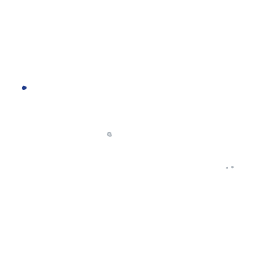 where Kosrae sits in Federated States of Micronesia, rotated 190°
{"feature_id": "FSM-4944", "entity_name": "Kosrae", "entity_type": "state/province", "adm_level": 1, "iso_a3": "FSM", "parent_name": "Federated States of Micronesia", "parent_adm1": "", "projection": "orthographic", "projection_center": [162.997, 5.325], "detail": "fine", "context": "in_parent", "style": "outline", "palette": "blue", "viewbox_px": 256, "rotation_deg": 190, "n_neighbors": 0, "source": "natural_earth", "source_scale": "10m", "svg_char_len": 918}
<svg xmlns="http://www.w3.org/2000/svg" viewBox="0 0 256 256"><g transform="rotate(190 128 128)"><path d="M146.8,119.9L145.6,120.4L144.2,120.1L143.8,118.6L143.2,118.1L143.3,117.3L144.3,116.7L146.4,117.2L147.2,118.4L146.7,119.1L146.8,119.9ZM19.1,107.9L18.9,108.1L17.7,108.0L17.6,107.8L17.7,107.7L18.2,107.6L18.3,107.3L18.0,107.2L18.3,107.0L18.7,107.0L19.0,107.2L19.1,107.5L19.1,107.9ZM237.2,149.3L237.4,150.3L236.2,149.8L236.0,149.5L236.7,149.1L237.2,149.3ZM23.5,106.3L23.2,106.4L23.1,105.8L23.2,105.6L23.6,105.6L24.1,105.7L24.1,105.9L23.5,106.3Z" fill="#d9dde1" stroke="#a8b0b8" stroke-width="1"/><path d="M238.0,149.0L238.4,149.2L238.4,149.4L238.4,149.6L238.0,150.2L237.9,150.4L237.6,150.4L237.4,150.4L237.2,150.3L236.9,150.2L236.5,150.2L236.2,150.2L235.9,150.1L235.8,149.7L236.0,149.4L237.0,148.6L237.3,148.4L237.7,148.3L238.0,148.5L238.0,148.9L238.0,149.0Z" fill="none" stroke="#1e3a8a" stroke-width="2"/></g></svg>